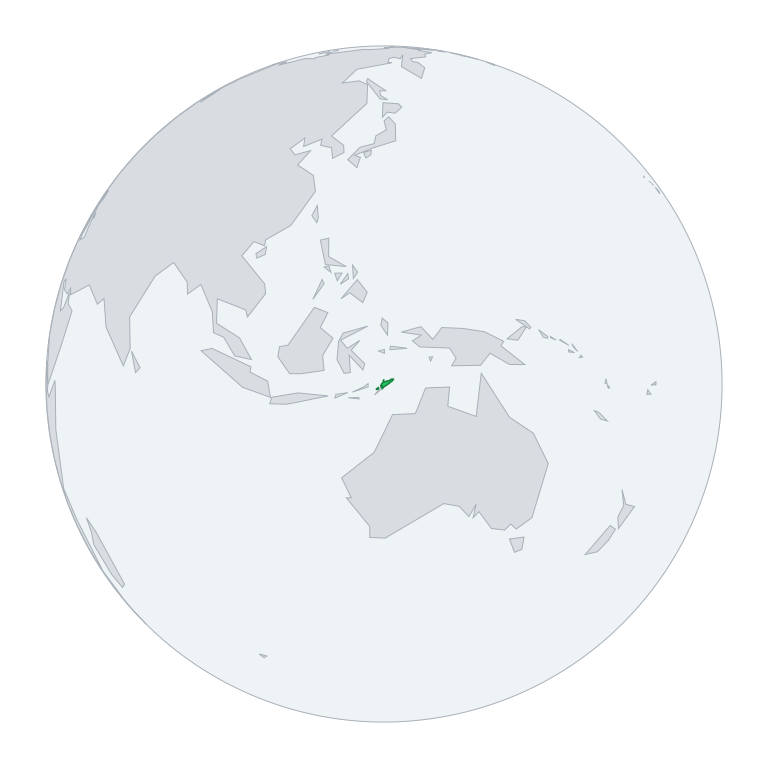 East Timor on an orthographic globe, rotated 346°
{"feature_id": "TLS", "entity_name": "East Timor", "entity_type": "country or territory", "adm_level": 0, "iso_a3": "TLS", "parent_name": "Asia", "parent_adm1": "", "projection": "orthographic", "projection_center": [125.525, -8.826], "detail": "fine", "context": "on_globe", "style": "filled", "palette": "green", "viewbox_px": 768, "rotation_deg": 346, "n_neighbors": 0, "source": "natural_earth", "source_scale": "50m", "svg_char_len": 7540}
<svg xmlns="http://www.w3.org/2000/svg" viewBox="0 0 768 768"><g transform="rotate(346 384 384)"><circle cx="384" cy="384" r="338" fill="#eef3f6" stroke="#a8b0b8"/><path d="M648.3,447.5L648.0,450.0L647.6,450.3L648.3,447.5ZM566.0,99.3L567.4,100.2L568.5,102.0L561.2,96.3L566.0,99.3ZM553.1,91.4L551.6,90.7L544.7,86.8L539.4,84.3L531.5,80.2L528.7,78.6L553.1,91.4ZM521.1,75.1L520.5,74.9L511.5,71.2L513.2,71.8L521.1,75.1ZM697.6,266.2L694.8,258.7L697.4,263.7L697.6,266.2ZM692.4,254.1L693.5,256.6L692.5,254.5L692.4,254.1ZM691.2,252.5L692.1,253.6L691.4,253.0L691.2,252.5ZM689.9,251.2L690.5,251.6L690.6,251.8L689.9,251.2ZM686.9,247.1L686.0,245.9L686.3,245.4L686.9,247.1ZM540.1,84.7L542.1,85.9L538.5,84.1L540.1,84.7ZM523.1,76.6L516.7,73.9L522.5,76.1L523.1,76.6ZM512.5,72.2L497.2,66.9L500.3,68.7L482.7,61.5L501.6,67.8L508.2,69.9L508.0,70.2L512.5,72.2ZM475.5,58.9L471.1,57.7L474.9,58.7L475.5,58.9ZM269.7,66.0L270.1,65.9L274.5,64.3L278.5,63.0L278.2,63.7L281.4,62.6L282.8,61.8L290.0,59.5L302.7,56.1L301.9,56.4L297.2,57.7L286.2,61.7L273.9,66.0L274.8,66.0L285.4,62.4L298.8,57.4L306.6,55.3L301.4,57.0L303.9,56.2L307.6,55.4L310.5,55.2L316.7,53.3L358.0,47.4L367.7,47.8L358.4,49.2L386.4,49.1L395.2,51.7L396.3,50.7L410.6,51.4L408.0,50.5L409.7,50.2L445.1,54.4L452.8,56.5L469.4,59.4L470.0,59.2L465.2,57.5L482.7,61.5L500.3,68.7L498.0,68.6L510.6,74.1L503.5,73.7L503.5,76.7L488.5,74.7L489.8,78.1L494.6,80.0L500.0,87.0L494.3,96.6L477.7,80.2L481.9,69.1L478.4,72.3L472.9,69.4L467.7,69.5L465.7,72.6L469.4,74.2L433.9,72.1L416.5,81.9L433.1,83.8L440.5,89.5L435.3,107.6L393.1,130.6L402.6,142.6L401.2,149.7L388.7,152.6L390.3,142.1L380.2,137.1L383.1,131.4L363.5,134.1L366.7,126.1L349.9,133.1L353.1,140.1L369.2,139.8L353.2,150.6L365.9,164.5L364.1,180.5L331.9,207.6L304.0,215.5L301.6,221.0L292.2,214.4L277.1,225.2L292.4,258.0L291.0,267.7L267.7,286.0L267.7,278.6L242.9,261.0L236.2,284.5L254.9,304.2L261.3,328.2L246.0,320.7L239.8,299.9L231.0,293.0L234.9,272.4L230.4,243.1L215.1,249.2L217.7,237.5L209.3,215.2L188.1,223.9L153.4,257.4L146.2,288.3L135.4,303.4L128.1,261.3L133.0,233.3L125.2,237.3L122.0,216.6L101.5,221.6L103.2,215.2L98.3,219.9L96.8,215.3L101.2,205.0L98.2,207.5L87.7,234.8L91.5,232.5L101.1,219.0L97.0,229.7L99.0,237.5L80.2,268.4L57.4,303.9L63.0,281.5L71.3,255.8L82.0,232.4L94.4,209.9L108.4,188.4L124.1,168.0L141.3,148.9L159.8,131.2L179.7,114.8L200.7,100.1L222.8,87.0L245.9,75.6L269.7,66.0ZM62.5,280.0L57.0,305.5L55.7,309.7L55.8,315.4L65.6,300.8L64.0,308.7L54.6,348.5L47.9,407.9L53.3,442.0L60.4,472.6L66.1,497.7L75.6,520.5L80.0,531.4L86.9,544.8L95.6,560.2L83.8,539.1L73.4,517.1L64.7,494.5L57.6,471.3L52.1,447.7L48.4,423.7L46.4,399.5L46.2,375.3L47.7,351.1L50.9,327.1L55.9,303.3L62.5,280.0ZM123.8,170.6L128.6,169.1L140.2,153.8L143.0,152.3L145.9,148.0L141.0,152.7L150.1,141.4L157.2,135.8L163.6,129.7L162.3,130.1L148.0,142.4L134.7,158.1L127.8,165.4L123.8,170.6ZM197.6,615.7L204.5,619.6L201.4,620.6L197.6,615.7ZM69.0,458.8L83.8,515.4L81.1,518.1L73.7,502.9L63.5,469.5L64.3,457.6L62.9,441.7L69.0,458.8ZM345.9,388.7L356.4,390.9L356.1,392.5L345.9,388.7ZM334.9,382.4L346.8,383.6L333.0,385.8L334.9,382.4ZM351.4,384.2L363.5,381.9L368.7,379.7L367.9,383.0L351.4,384.2ZM327.0,382.1L284.7,380.1L268.4,375.5L271.9,369.7L298.4,371.8L327.0,382.1ZM270.6,369.5L246.0,353.0L214.6,307.5L225.8,307.9L259.1,335.2L256.9,340.1L271.8,353.0L270.6,369.5ZM331.4,341.5L329.1,356.3L305.5,353.9L294.9,351.1L287.6,331.9L291.7,322.5L300.3,323.0L335.0,292.8L346.8,301.2L335.8,313.9L345.6,327.2L331.4,341.5ZM147.0,291.1L151.2,309.2L145.6,312.9L147.0,291.1ZM350.2,272.1L335.4,284.7L349.3,267.6L350.2,272.1ZM359.1,256.2L359.5,262.9L354.2,256.0L359.1,256.2ZM300.1,229.7L291.0,231.0L291.3,226.5L303.3,222.3L300.1,229.7ZM362.5,194.6L360.4,207.0L357.9,211.2L354.7,203.2L362.5,194.6ZM352.9,47.7L359.2,47.0L361.2,47.0L360.1,47.2L352.9,47.7ZM358.4,47.1L353.3,47.5L352.5,47.5L358.4,47.1ZM569.3,576.0L573.4,580.9L563.8,590.1L550.5,598.4L537.9,598.1L569.3,576.0ZM469.9,578.9L468.3,564.7L482.9,566.4L477.8,577.7L469.9,578.9ZM578.7,569.8L587.2,559.8L589.4,544.0L589.6,559.3L597.5,563.5L576.5,581.0L578.7,569.8ZM413.1,514.5L347.9,533.8L333.1,529.5L335.7,518.7L320.0,485.5L324.7,486.4L320.2,464.8L358.1,447.8L384.9,415.8L407.3,420.3L423.4,397.9L446.9,402.8L440.5,421.1L465.6,437.8L481.0,397.1L497.8,446.7L517.0,467.9L524.1,501.0L495.2,549.5L477.2,556.7L473.0,550.5L465.7,554.9L453.4,550.2L445.2,530.8L438.1,535.3L444.4,522.8L434.3,533.2L427.3,520.8L413.1,514.5ZM581.6,460.7L585.4,463.2L591.8,474.0L585.6,470.4L581.6,460.7ZM638.6,453.4L640.5,458.4L636.5,457.7L638.6,453.4ZM647.6,450.3L642.8,449.8L648.3,447.5L647.6,450.3ZM600.2,438.2L602.2,441.9L600.7,442.5L600.2,438.2ZM598.6,436.7L600.7,432.6L600.6,437.3L598.6,436.7ZM579.9,405.6L582.1,403.8L583.2,406.0L579.9,405.6ZM372.0,392.4L386.5,381.7L394.6,381.5L372.0,392.4ZM576.5,399.6L570.9,397.6L571.4,395.3L576.5,399.6ZM576.7,393.9L576.0,390.3L579.8,399.4L576.7,393.9ZM565.7,383.3L572.8,391.3L565.0,383.9L565.7,383.3ZM561.7,383.1L556.7,379.2L557.0,378.2L561.7,383.1ZM506.7,375.2L525.3,399.2L510.7,395.5L494.3,379.8L482.1,389.2L454.0,382.7L460.2,376.5L456.3,365.0L427.8,356.7L422.0,349.0L432.0,345.6L413.4,337.8L433.7,337.3L442.2,352.6L453.7,343.2L474.1,349.2L494.1,357.6L510.5,371.6L506.7,375.2ZM434.2,368.8L437.7,369.3L434.7,373.2L434.2,368.8ZM547.1,368.7L554.4,377.6L553.6,379.2L550.0,377.2L547.1,368.7ZM514.3,369.9L531.8,361.8L536.0,363.0L524.4,373.9L514.3,369.9ZM527.4,353.1L535.7,356.6L540.2,364.4L538.5,365.8L527.4,353.1ZM392.7,350.5L391.9,354.4L386.7,350.7L392.7,350.5ZM399.4,348.8L415.2,355.0L398.0,352.1L399.4,348.8ZM352.5,331.0L357.0,340.5L371.1,335.8L360.3,343.4L370.2,359.6L367.0,365.3L357.2,347.7L354.1,364.8L347.9,364.0L344.3,348.9L350.4,331.5L356.7,324.7L382.3,323.9L352.5,331.0ZM399.2,337.5L395.1,326.3L398.2,319.6L402.6,325.6L399.2,337.5ZM383.2,299.9L372.8,287.2L362.9,290.9L383.3,276.3L389.9,290.8L383.2,299.9ZM375.1,273.4L365.7,276.6L375.6,268.1L375.1,273.4ZM363.6,272.6L363.0,264.6L370.1,266.2L363.6,272.6ZM379.8,274.2L382.3,260.9L385.5,269.1L379.8,274.2ZM361.1,246.9L375.7,260.9L356.0,253.9L357.1,229.0L365.7,229.1L361.1,246.9ZM421.1,160.3L420.1,154.4L428.3,154.2L426.7,158.3L421.1,160.3ZM454.3,150.8L430.2,152.3L410.7,155.0L415.9,158.3L410.1,167.6L403.1,157.5L418.0,148.5L432.5,148.4L436.2,141.2L447.8,137.9L447.7,128.7L453.2,125.8L457.8,134.5L454.3,150.8ZM447.0,124.9L451.0,110.8L465.8,115.6L468.2,119.7L460.2,123.9L452.8,121.0L447.0,124.9ZM456.3,109.1L449.2,106.5L440.2,86.5L442.0,83.7L456.7,99.9L450.8,98.6L450.4,103.1L456.3,109.1ZM471.7,58.0L471.2,57.8L474.3,58.7L471.7,58.0ZM408.0,49.7L410.7,49.4L414.3,50.1L408.0,49.7ZM420.4,49.4L414.4,48.8L421.0,49.3L420.4,49.4ZM401.0,47.8L412.2,48.4L401.1,48.1L401.0,47.8Z" fill="#d9dde1" stroke="#a8b0b8" stroke-width="1"/><path d="M381.3,388.0L381.1,387.3L380.9,387.0L380.8,386.8L380.7,386.5L380.7,386.3L380.8,386.2L381.5,386.1L381.8,385.8L381.8,385.3L381.7,385.1L380.8,385.4L380.6,385.3L380.4,385.2L380.5,384.7L381.1,384.2L381.6,383.3L382.0,383.0L382.8,382.6L383.2,382.5L385.6,382.0L386.2,382.0L387.8,382.0L389.9,381.9L390.4,381.8L391.1,381.6L391.7,381.4L392.1,381.2L392.4,381.0L392.9,381.2L393.9,381.4L394.1,381.5L394.3,381.7L393.3,382.6L392.1,383.4L391.4,383.6L390.6,383.8L390.1,384.0L389.6,384.5L389.0,384.8L388.3,384.9L387.7,385.0L387.2,385.3L386.5,385.8L386.2,385.8L385.8,385.8L385.2,386.0L383.3,386.7L382.2,387.4L381.3,388.0ZM375.3,387.1L376.3,386.6L377.7,386.2L377.7,386.4L377.5,386.9L377.3,387.1L377.0,387.5L376.8,387.6L375.9,387.5L375.7,387.5L375.4,387.3L375.3,387.1ZM384.7,380.0L384.3,381.0L383.9,380.8L384.3,380.2L384.6,380.0L384.7,380.0Z" fill="#22c55e" stroke="#15803d" stroke-width="1.5"/></g></svg>